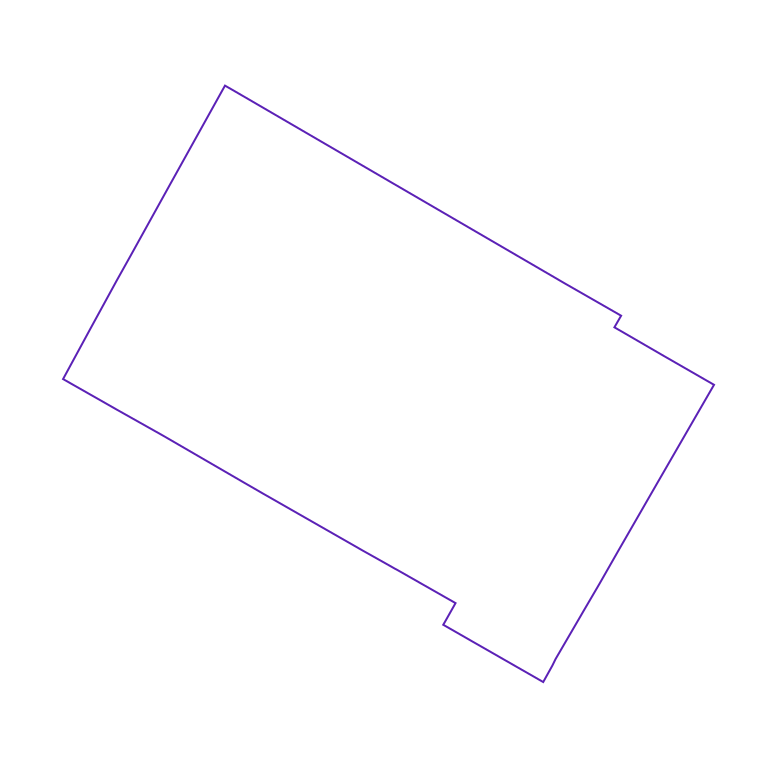 outline of Kane, Illinois, United States of America, rotated 120°
{"feature_id": "52423323B64731524187511", "entity_name": "Kane", "entity_type": "district", "adm_level": 2, "iso_a3": "USA", "parent_name": "United States of America", "parent_adm1": "Illinois", "projection": "albers", "projection_center": [-88.362, 41.937], "detail": "fine", "context": "isolated", "style": "outline", "palette": "violet", "viewbox_px": 768, "rotation_deg": 120, "n_neighbors": 0, "source": "geoboundaries", "source_scale": "gbopen_adm2", "svg_char_len": 601}
<svg xmlns="http://www.w3.org/2000/svg" viewBox="0 0 768 768"><g transform="rotate(120 384 384)"><path d="M540.2,664.4L539.8,602.9L539.8,601.8L539.2,549.0L539.2,548.7L539.4,455.7L539.4,433.9L538.9,318.8L538.5,285.0L538.5,282.4L538.4,280.4L538.0,212.5L557.9,212.3L562.9,212.3L562.8,178.9L562.5,97.1L543.7,97.4L536.4,97.9L486.3,97.7L481.5,97.7L449.2,97.5L410.7,97.7L333.1,97.8L219.7,97.8L219.8,155.3L219.7,212.8L206.3,212.8L206.5,276.9L205.1,651.7L205.1,670.9L315.7,669.1L316.2,669.1L399.7,667.6L428.4,667.2L432.4,667.1L483.5,665.9L540.2,664.4Z" fill="none" stroke="#5b21b6" stroke-width="2"/></g></svg>